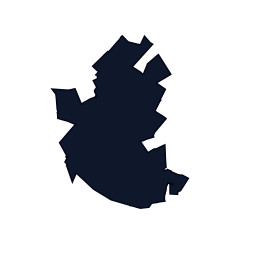 San Miguel de Horcasitas, Sonora, Mexico (Equal Earth projection), rotated 134°
{"feature_id": "50627088B58381771022173", "entity_name": "San Miguel de Horcasitas", "entity_type": "district", "adm_level": 2, "iso_a3": "MEX", "parent_name": "Mexico", "parent_adm1": "Sonora", "projection": "equal_earth", "projection_center": [-110.823, 29.475], "detail": "fine", "context": "isolated", "style": "filled", "palette": "ink", "viewbox_px": 256, "rotation_deg": 134, "n_neighbors": 0, "source": "geoboundaries", "source_scale": "gbopen_adm2", "svg_char_len": 3199}
<svg xmlns="http://www.w3.org/2000/svg" viewBox="0 0 256 256"><g transform="rotate(134 128 128)"><path d="M155.0,50.7L154.9,50.9L154.8,51.2L154.4,51.4L154.3,52.0L154.1,52.5L153.9,52.6L153.1,53.1L152.6,53.5L152.5,53.8L152.4,53.9L152.1,54.0L151.9,54.6L151.7,54.8L151.6,55.0L151.4,55.1L151.1,55.0L150.8,55.0L150.7,55.0L150.3,55.3L149.3,55.7L148.6,56.4L148.4,56.5L147.5,56.9L146.4,57.4L145.6,58.2L143.0,60.1L142.4,60.0L139.9,61.0L139.2,60.0L137.0,56.6L137.3,56.4L137.5,56.4L139.1,58.9L146.2,52.0L141.3,46.3L140.9,46.9L139.4,47.6L137.9,47.4L136.7,46.7L122.3,49.6L124.3,56.5L124.9,56.8L126.3,58.8L126.9,59.9L127.2,60.6L129.3,66.2L129.0,66.8L130.5,70.9L131.6,71.0L132.2,71.5L133.3,72.1L132.6,74.0L132.4,74.0L129.8,73.4L125.4,78.4L114.5,89.8L123.4,93.2L125.1,94.7L131.9,96.5L131.1,100.0L129.2,109.5L127.9,109.2L127.0,108.5L125.6,107.9L124.0,107.3L122.1,106.4L121.2,105.9L119.6,104.9L118.6,104.4L116.6,103.3L116.0,104.7L114.9,105.0L114.3,105.3L112.7,105.8L112.4,105.9L109.4,106.1L107.0,106.3L103.0,106.5L102.4,106.6L98.8,106.8L98.0,106.9L96.8,107.0L94.8,107.1L94.9,107.9L95.2,110.4L95.5,112.1L95.8,113.4L96.7,117.4L97.1,120.5L91.2,122.3L89.3,122.9L87.0,123.6L86.1,123.8L86.1,124.0L85.9,123.9L85.8,123.7L85.3,123.7L85.4,124.7L85.1,124.6L74.2,128.0L76.0,138.9L74.8,138.6L69.9,137.3L69.2,137.1L67.4,136.6L60.4,134.7L59.6,134.6L59.4,135.6L59.3,135.9L56.7,146.6L55.0,153.4L54.1,157.1L54.9,157.3L60.9,157.8L68.2,158.5L72.6,156.7L74.1,156.1L75.1,155.7L76.3,155.2L76.8,155.0L79.0,154.2L79.2,158.1L81.1,167.5L50.6,168.5L51.3,171.4L50.7,178.0L50.5,179.9L59.6,176.8L63.2,182.8L65.8,187.3L66.0,188.4L65.7,196.1L67.2,196.3L68.2,196.0L69.9,195.6L71.0,195.6L73.1,195.5L77.0,195.3L77.8,195.3L84.5,194.9L84.8,194.9L85.1,194.9L86.8,194.8L87.0,195.7L89.6,195.8L91.3,195.9L92.9,195.9L96.1,195.9L100.9,196.1L105.1,196.2L108.1,196.3L108.1,190.5L107.7,188.2L110.4,188.1L112.2,188.1L111.9,187.1L111.8,186.5L112.0,185.7L113.0,185.0L113.9,184.4L114.1,184.4L114.4,184.4L114.9,184.6L115.5,184.9L116.6,185.3L118.0,185.9L118.8,183.7L120.4,178.8L124.2,178.1L124.5,177.8L125.1,177.0L125.0,176.9L125.1,176.7L125.4,176.5L125.5,176.4L125.5,176.2L125.4,176.0L125.6,175.4L125.6,175.2L126.2,174.3L126.5,174.0L126.6,173.9L127.0,173.6L127.1,173.4L127.1,173.2L127.3,172.9L128.0,173.3L128.2,172.7L129.6,173.4L130.0,173.8L130.5,173.9L130.8,174.0L131.3,174.3L131.6,174.6L132.3,174.9L132.6,175.0L132.9,175.2L133.0,175.2L133.5,175.4L143.2,178.3L136.6,193.4L137.3,193.9L139.6,195.3L140.7,196.0L142.1,197.1L142.9,198.0L144.4,199.7L145.5,201.0L146.7,202.4L152.8,209.7L153.7,203.5L156.4,200.1L160.1,196.0L163.9,191.7L163.9,191.4L163.9,191.2L164.0,191.0L164.2,190.9L164.4,190.7L164.5,190.6L164.7,190.3L164.8,190.2L165.0,190.0L165.1,189.9L165.2,189.7L165.3,189.6L165.4,189.4L165.6,189.5L165.6,189.4L165.8,189.3L166.0,189.3L169.8,185.2L166.4,178.8L166.0,178.1L165.1,176.4L164.6,175.3L161.9,168.3L172.1,167.8L175.4,167.6L180.2,167.3L186.1,167.0L187.1,163.6L190.9,151.5L191.7,152.5L192.4,150.8L196.2,149.7L196.4,146.4L197.5,146.3L205.5,130.5L196.3,134.0L195.9,112.9L195.9,110.3L191.4,90.4L182.2,72.9L182.4,72.6L181.5,71.6L177.1,63.4L170.4,57.9L165.9,58.7L164.5,57.9L161.7,55.6L159.3,54.1L155.0,50.7Z" fill="#0f172a" stroke="#020617" stroke-width="1.5"/></g></svg>